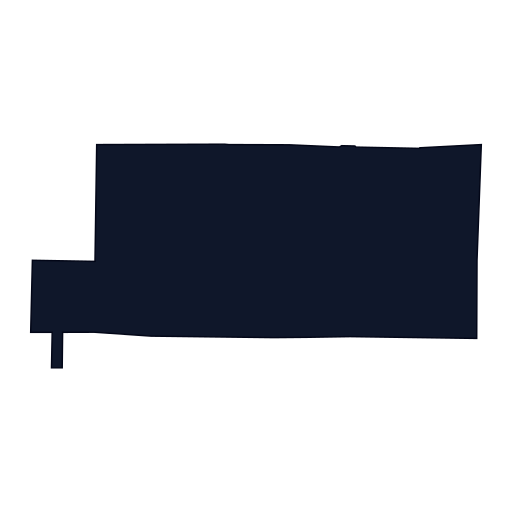 the district of St. Francis, Arkansas, United States of America
{"feature_id": "52423323B70902388420636", "entity_name": "St. Francis", "entity_type": "district", "adm_level": 2, "iso_a3": "USA", "parent_name": "United States of America", "parent_adm1": "Arkansas", "projection": "equal_earth", "projection_center": [-90.808, 35.008], "detail": "fine", "context": "isolated", "style": "filled", "palette": "ink", "viewbox_px": 512, "rotation_deg": 0, "n_neighbors": 0, "source": "geoboundaries", "source_scale": "gbopen_adm2", "svg_char_len": 434}
<svg xmlns="http://www.w3.org/2000/svg" viewBox="0 0 512 512"><path d="M96.7,144.6L95.0,261.4L32.4,260.3L30.7,332.3L52.2,332.3L51.5,367.8L62.2,367.8L62.6,332.3L94.3,332.2L151.0,336.1L273.8,337.6L306.4,337.3L350.1,336.6L476.7,338.4L477.0,260.3L481.3,144.6L419.9,147.8L419.9,148.4L355.9,147.1L354.9,146.0L341.7,145.7L339.4,147.0L289.0,144.8L228.8,144.6L224.6,144.2L96.7,144.6Z" fill="#0f172a" stroke="#020617" stroke-width="1.5"/></svg>